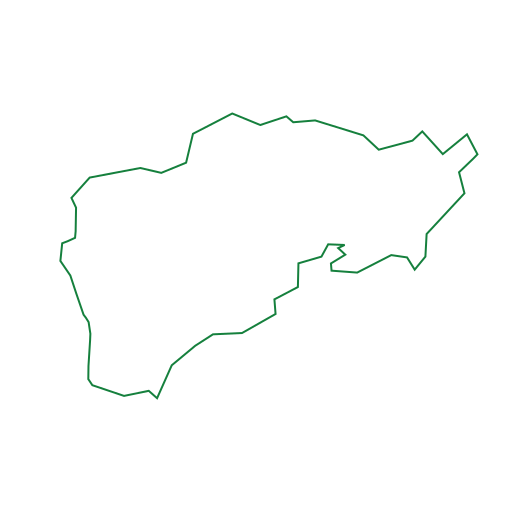 Gjorche Petrov, Gjorče Petrov, North Macedonia (Mercator projection), rotated 283°
{"feature_id": "65306769B13037945767817", "entity_name": "Gjorche Petrov", "entity_type": "district", "adm_level": 2, "iso_a3": "MKD", "parent_name": "North Macedonia", "parent_adm1": "Gjorče Petrov", "projection": "mercator", "projection_center": [21.316, 42.053], "detail": "fine", "context": "isolated", "style": "outline", "palette": "green", "viewbox_px": 512, "rotation_deg": 283, "n_neighbors": 0, "source": "geoboundaries", "source_scale": "gbopen_adm2", "svg_char_len": 907}
<svg xmlns="http://www.w3.org/2000/svg" viewBox="0 0 512 512"><g transform="rotate(283 256 256)"><path d="M401.4,283.1L394.7,262.2L398.9,254.2L384.6,230.7L389.5,200.8L360.9,167.1L331.2,166.9L315.7,145.0L315.7,123.4L295.0,76.3L271.1,63.1L262.6,69.8L239.5,74.7L233.0,75.6L230.3,72.1L228.0,69.1L224.8,64.3L207.2,66.5L195.2,79.5L178.9,89.4L160.0,101.2L157.5,104.2L153.9,107.8L143.0,112.1L136.6,113.3L111.2,117.5L98.3,120.3L93.3,125.6L90.0,158.9L100.5,181.8L95.2,191.6L130.6,198.5L154.9,217.0L170.0,231.7L177.8,259.7L203.9,288.1L217.9,283.7L235.2,303.8L258.4,299.0L270.1,319.9L283.6,323.7L286.7,339.9L282.2,334.3L277.4,342.7L265.6,330.7L258.7,332.9L262.6,358.3L287.3,387.6L288.6,403.5L278.4,413.7L293.5,421.2L315.8,417.3L364.0,445.0L383.3,435.0L399.6,445.7L404.9,448.9L422.0,434.2L397.3,415.1L414.8,390.0L403.6,382.5L387.2,351.7L397.7,333.5L401.4,283.1Z" fill="none" stroke="#15803d" stroke-width="2"/></g></svg>